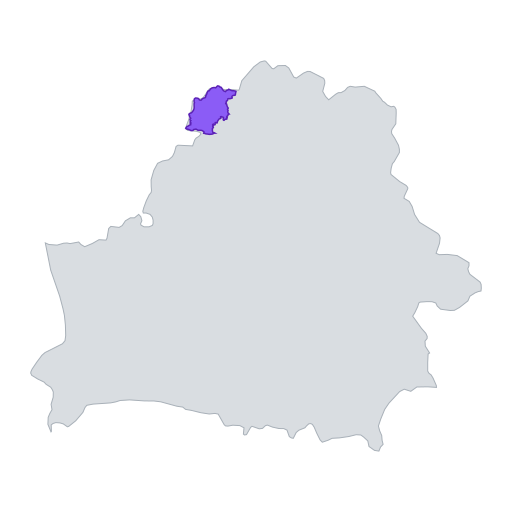 location of Braslaw, Vitebsk, Belarus
{"feature_id": "67162791B18102707107362", "entity_name": "Braslaw", "entity_type": "district", "adm_level": 2, "iso_a3": "BLR", "parent_name": "Belarus", "parent_adm1": "Vitebsk", "projection": "mercator", "projection_center": [27.102, 55.56], "detail": "fine", "context": "in_parent", "style": "filled", "palette": "violet", "viewbox_px": 512, "rotation_deg": 0, "n_neighbors": 0, "source": "geoboundaries", "source_scale": "gbopen_adm2", "svg_char_len": 7695}
<svg xmlns="http://www.w3.org/2000/svg" viewBox="0 0 512 512"><path d="M436.5,387.4L427.6,386.8L416.8,387.0L410.8,391.3L404.2,389.2L399.6,391.6L388.9,403.2L384.7,409.4L380.8,418.9L378.4,426.0L379.7,430.9L381.7,435.5L382.1,440.4L383.1,444.3L380.5,447.1L378.9,451.1L374.5,450.4L369.0,446.5L367.8,440.9L363.6,437.0L360.8,435.0L356.2,434.7L348.9,436.5L339.3,437.9L332.1,438.3L328.2,440.2L322.3,442.2L320.1,439.9L316.9,433.5L314.2,427.2L312.4,424.4L310.8,423.6L308.8,423.8L306.6,425.8L304.9,427.8L298.9,430.2L296.2,432.5L293.3,438.3L291.3,437.9L289.3,436.6L287.0,430.1L283.8,428.6L278.8,428.5L272.5,427.1L267.4,425.1L265.5,425.6L262.5,428.4L259.2,428.8L252.0,426.3L250.6,427.4L246.5,434.6L244.5,435.0L243.4,434.1L244.0,427.8L239.9,425.6L232.8,425.2L227.9,426.1L225.5,425.9L224.2,424.7L218.2,414.1L215.0,413.4L209.2,414.0L200.8,412.7L191.0,410.3L185.6,409.4L182.8,407.1L176.8,406.2L160.7,401.8L154.1,401.0L144.4,400.9L129.6,399.9L120.1,400.5L115.7,401.9L110.6,402.9L93.1,404.1L86.8,405.3L85.0,407.5L82.9,412.4L75.7,420.8L68.7,426.4L67.4,426.8L63.3,423.9L59.9,422.9L55.8,422.6L53.0,423.5L51.2,424.9L51.4,431.4L51.0,431.9L47.9,424.3L48.2,417.3L49.9,413.3L52.0,409.7L51.1,404.3L53.2,397.2L53.3,392.0L52.4,389.8L50.7,387.2L46.1,384.3L44.1,382.1L37.9,379.1L31.8,375.4L30.7,373.1L31.0,371.5L32.1,369.1L36.8,362.1L41.9,355.3L45.1,352.5L62.4,343.8L65.0,340.7L65.7,335.5L65.4,325.0L64.4,315.3L63.0,308.7L59.7,296.2L50.7,270.1L45.3,242.9L48.9,244.5L57.1,245.1L63.7,243.2L67.1,243.0L70.1,243.6L78.7,242.0L80.9,244.5L84.7,246.7L92.3,243.5L99.0,239.7L106.0,240.1L107.0,238.2L108.7,228.5L110.8,226.4L119.1,227.4L122.2,225.6L125.4,220.8L130.4,217.8L134.5,217.8L138.7,214.4L140.8,216.7L141.9,220.7L140.5,223.9L141.1,225.2L144.0,226.8L149.1,226.8L152.4,225.4L153.1,223.6L153.1,220.2L152.3,217.1L150.1,214.4L146.1,213.0L143.3,213.0L142.8,211.3L143.8,207.6L146.3,200.8L149.3,194.7L151.2,192.4L151.5,190.3L151.2,186.5L151.1,179.8L153.8,170.4L157.6,163.3L162.5,161.0L168.6,159.8L172.5,156.4L174.4,152.5L176.1,146.4L178.0,145.2L192.6,145.9L194.8,139.8L196.1,138.1L198.9,136.3L200.9,134.1L200.1,132.4L196.4,131.3L187.6,130.4L185.8,128.4L186.4,125.9L188.7,119.6L191.0,111.4L192.1,105.0L192.3,101.2L193.5,100.2L200.7,99.0L203.1,97.7L209.2,89.0L213.9,87.5L226.1,89.8L231.6,89.6L238.7,90.2L239.3,89.3L241.8,80.7L253.8,66.8L260.2,62.0L264.3,60.9L265.7,61.2L272.1,68.5L273.7,68.8L277.9,65.7L285.4,65.5L288.8,68.0L293.7,77.0L296.3,78.1L303.5,73.1L307.5,71.4L310.1,71.5L323.7,78.4L324.7,80.7L324.8,83.3L322.7,91.4L325.5,96.4L328.7,99.8L335.7,94.2L338.3,92.7L341.1,92.6L344.9,90.5L347.6,87.4L350.2,86.3L355.2,87.1L364.3,86.3L374.8,91.2L375.7,92.7L380.9,98.5L382.8,101.3L384.5,102.2L387.3,105.0L391.1,106.8L393.7,106.3L394.9,107.2L396.1,109.4L396.2,113.1L395.8,123.8L392.0,129.4L391.5,131.3L391.7,133.6L394.7,138.2L398.5,145.3L399.4,149.4L399.4,152.5L394.2,161.6L392.4,163.7L391.2,168.1L390.6,172.6L391.0,174.5L399.7,181.6L406.2,185.5L407.7,187.4L407.8,188.6L404.3,196.2L404.0,198.3L409.2,201.4L412.1,206.4L414.6,214.5L419.5,222.3L437.9,233.6L439.5,235.6L440.1,238.0L439.5,243.3L436.1,253.3L439.3,254.7L447.3,254.4L457.2,255.6L469.0,262.7L469.0,265.8L467.8,268.7L468.6,271.7L469.9,274.3L480.1,282.1L481.1,284.4L481.3,288.2L481.0,291.0L478.2,291.6L475.0,292.9L469.9,296.2L467.9,300.9L459.6,307.4L454.4,310.3L450.3,310.5L440.6,309.2L437.2,306.0L435.8,303.0L432.0,301.7L427.1,301.6L420.2,302.1L418.8,303.0L417.7,306.6L414.8,312.7L412.7,316.2L421.4,328.3L425.8,333.3L427.2,336.4L427.1,338.5L425.0,341.1L425.3,346.2L429.6,353.0L428.1,354.0L427.7,362.3L427.7,371.1L428.9,373.2L431.2,375.0L433.1,378.2L436.3,385.5L436.5,387.4Z" fill="#d9dde1" stroke="#a8b0b8" stroke-width="1"/><path d="M236.0,91.4L235.0,91.0L233.5,90.7L232.1,90.7L231.0,90.3L229.9,89.8L228.8,89.2L227.8,90.1L226.9,90.2L226.2,90.7L225.5,91.6L224.1,91.1L223.3,90.5L222.6,89.5L222.0,88.6L221.3,87.4L220.0,87.1L219.7,86.5L218.5,86.0L217.5,85.9L216.7,86.7L215.7,87.8L215.0,87.6L213.9,87.5L212.7,87.8L212.3,87.8L210.9,88.6L210.0,89.6L209.2,90.8L208.3,90.9L207.7,91.4L207.1,92.7L206.8,93.8L206.3,94.9L205.7,95.7L205.7,96.9L205.1,97.7L203.8,98.1L202.4,98.7L201.9,99.3L201.2,100.1L200.3,100.2L199.4,99.9L199.0,99.1L198.0,98.3L196.8,98.1L195.5,98.0L194.4,98.8L194.1,100.5L194.1,101.8L194.5,102.8L194.1,103.6L194.1,105.0L194.2,107.2L194.1,108.5L193.6,110.0L193.0,110.9L192.5,111.6L192.0,112.2L191.4,112.8L190.5,113.1L189.6,113.5L189.0,114.1L188.9,114.9L189.6,115.4L189.5,115.9L189.5,116.7L189.9,117.0L190.5,117.8L190.7,118.4L190.0,119.0L189.9,119.6L190.2,120.3L190.8,120.7L190.2,121.3L190.3,122.0L190.9,122.9L190.2,123.0L190.3,124.0L190.7,124.7L189.9,125.0L188.9,125.5L188.1,126.1L187.0,126.5L186.3,127.3L185.7,128.3L186.3,128.9L187.5,129.2L188.7,129.5L189.8,129.9L190.8,130.5L191.9,130.6L193.0,130.4L193.7,129.5L194.5,129.4L196.0,129.1L196.7,129.5L198.0,130.3L198.9,130.3L200.7,130.3L202.0,130.5L203.0,131.1L203.9,131.8L203.9,133.1L203.8,133.3L204.7,133.4L205.3,133.7L206.0,133.9L206.7,134.0L207.1,134.0L207.8,134.1L208.9,134.3L209.5,134.3L209.8,134.4L210.4,134.3L210.8,134.2L211.3,134.2L211.7,134.2L212.1,134.1L212.5,134.0L212.9,133.9L213.2,133.6L213.7,133.4L214.1,133.2L214.6,133.1L214.9,133.1L214.4,132.8L214.0,132.7L213.5,132.7L213.2,132.7L212.9,132.5L212.8,132.3L212.7,131.9L212.6,131.4L212.4,130.8L212.4,130.3L212.4,129.5L212.4,129.1L212.4,128.5L212.6,128.2L212.9,127.9L213.2,127.8L213.3,127.6L213.4,127.3L213.2,126.9L212.9,126.7L212.7,126.5L212.8,126.2L213.0,126.1L213.1,125.9L213.2,125.7L213.0,125.4L212.7,125.2L212.6,124.8L212.8,124.5L212.9,124.4L213.0,124.3L213.1,124.2L213.3,124.1L213.5,124.1L213.7,124.4L213.7,124.6L213.9,124.8L214.1,124.8L214.3,124.9L214.5,124.8L215.0,124.7L215.1,124.4L215.2,124.2L215.2,123.9L215.1,123.6L215.1,123.4L215.2,123.2L215.2,122.9L215.3,122.8L215.3,122.6L215.5,122.6L215.8,122.5L216.0,122.6L216.4,122.8L216.6,122.9L216.8,123.0L217.0,123.0L217.1,122.9L217.2,122.7L217.2,122.3L217.3,121.9L217.5,121.5L217.6,121.1L217.8,120.8L217.9,120.6L218.2,120.2L218.5,119.8L218.6,119.6L218.8,119.3L219.0,119.1L219.5,118.8L219.8,118.7L220.1,118.6L220.3,118.6L220.5,118.5L220.7,118.4L220.9,118.1L220.9,117.9L220.9,117.7L220.6,117.3L220.5,117.0L220.6,116.7L220.8,116.6L221.0,116.6L221.5,116.6L221.8,116.8L222.0,116.9L222.3,117.0L222.6,117.1L223.0,117.2L223.4,117.4L223.5,117.6L223.5,117.8L223.5,118.0L223.4,118.3L223.3,118.5L223.2,118.8L223.2,119.3L223.3,119.5L223.3,119.8L223.4,120.0L223.5,120.2L223.7,120.3L224.1,120.3L224.3,120.1L224.4,119.9L224.6,119.6L225.0,119.4L225.7,119.2L226.3,119.2L226.7,119.1L226.9,119.0L227.0,118.7L226.8,118.4L226.6,118.2L226.7,117.7L227.0,117.5L227.2,117.4L227.2,117.2L226.8,116.7L226.9,116.4L227.1,116.1L227.4,116.0L227.7,115.7L227.9,115.4L228.0,115.0L228.2,114.6L228.3,114.4L228.5,114.2L228.9,114.0L229.1,114.0L228.8,113.6L228.4,113.2L228.0,112.8L227.8,112.3L227.7,111.9L227.7,111.5L227.9,111.2L228.0,110.9L228.1,110.3L227.7,110.0L227.6,109.7L227.5,109.3L227.6,108.9L227.8,108.8L228.1,108.5L228.2,108.2L228.1,107.8L227.8,107.5L227.5,107.1L227.2,106.2L227.0,105.7L226.8,105.2L226.8,104.9L226.7,104.3L226.6,104.0L226.4,103.8L226.1,103.8L225.8,103.8L225.7,103.7L225.7,103.4L225.8,103.2L226.1,102.7L226.2,102.4L226.3,101.9L226.3,101.5L226.3,101.2L226.6,100.9L226.8,100.8L227.1,100.8L227.3,100.7L227.5,100.4L227.6,100.1L227.7,99.7L227.8,99.2L227.9,98.8L228.3,98.7L228.5,98.6L228.9,98.6L229.1,98.6L229.3,98.6L229.6,98.8L229.9,98.8L230.1,98.7L230.6,98.5L230.8,98.5L231.2,98.4L231.5,98.3L231.9,98.2L232.1,98.1L232.2,97.9L232.2,97.6L232.1,97.4L232.0,97.1L231.9,96.8L231.9,96.6L232.1,96.2L232.3,96.0L232.6,95.8L232.9,95.6L233.2,95.5L233.5,95.4L233.9,95.3L234.4,95.3L234.7,95.3L235.1,95.2L235.4,94.7L235.4,94.4L235.4,93.9L235.5,93.6L235.6,93.2L235.7,92.5L235.9,91.9L236.0,91.4Z" fill="#8b5cf6" stroke="#5b21b6" stroke-width="1.5"/></svg>